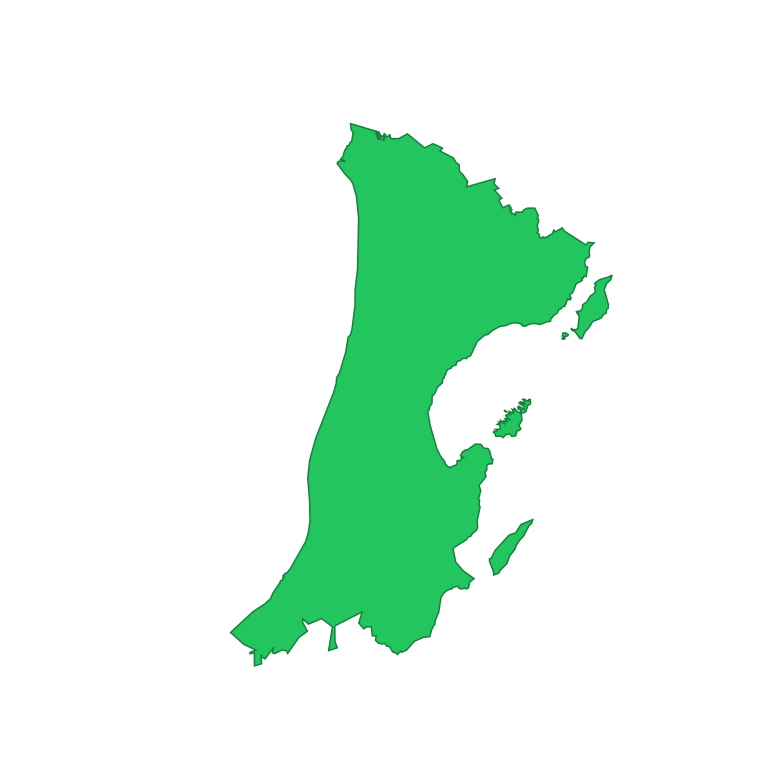 La Paz, Baja California Sur, Mexico, rotated 62°
{"feature_id": "50627088B19134439985606", "entity_name": "La Paz", "entity_type": "district", "adm_level": 2, "iso_a3": "MEX", "parent_name": "Mexico", "parent_adm1": "Baja California Sur", "projection": "orthographic", "projection_center": [-110.497, 24.115], "detail": "fine", "context": "isolated", "style": "filled", "palette": "green", "viewbox_px": 768, "rotation_deg": 62, "n_neighbors": 0, "source": "geoboundaries", "source_scale": "gbopen_adm2", "svg_char_len": 6164}
<svg xmlns="http://www.w3.org/2000/svg" viewBox="0 0 768 768"><g transform="rotate(62 384 384)"><path d="M167.2,321.8L179.7,320.0L188.8,317.5L192.8,317.5L205.0,320.1L225.6,328.5L270.3,353.5L287.3,365.3L301.2,372.8L320.8,386.7L325.0,390.7L325.7,393.6L337.8,402.7L352.8,417.6L356.2,422.9L361.2,426.0L368.1,432.8L400.5,470.4L416.4,485.4L431.0,495.3L452.1,504.5L470.0,513.5L479.7,520.6L486.3,527.0L502.8,553.0L505.1,558.2L504.7,560.5L505.5,560.8L505.7,562.9L507.1,562.8L506.7,563.6L509.2,565.1L509.2,568.1L510.4,568.7L516.6,580.5L520.2,584.8L522.2,592.5L523.6,606.9L531.4,636.1L548.3,629.9L558.7,622.0L558.1,628.2L559.3,628.9L560.4,624.6L572.1,630.7L573.5,623.4L565.2,619.6L567.7,620.1L570.9,618.1L564.7,605.1L569.0,608.8L570.6,607.3L571.1,598.7L573.9,595.3L576.7,595.5L567.8,578.1L566.4,567.7L556.3,567.8L553.3,566.0L560.5,563.5L561.9,549.2L574.1,543.5L593.4,558.1L595.0,549.1L588.4,548.2L574.5,541.0L575.0,510.4L583.3,518.5L590.7,516.8L590.3,513.4L592.4,509.2L601.0,512.6L602.5,509.1L606.2,511.8L609.9,510.7L612.6,508.0L613.3,505.3L617.0,504.6L617.6,503.1L619.4,502.3L624.6,502.2L627.0,499.9L629.2,499.2L627.7,494.9L629.1,494.5L629.6,489.2L625.4,477.7L626.2,468.1L628.6,462.2L623.7,457.7L620.5,453.5L620.2,451.9L617.1,450.1L611.5,443.1L599.0,433.7L596.4,428.5L595.8,423.6L596.7,420.6L596.0,418.7L596.7,415.3L598.0,413.5L599.8,413.6L601.5,411.7L602.0,408.8L603.7,407.3L603.7,405.0L599.1,401.4L598.2,395.8L586.1,401.8L574.9,404.3L562.3,400.5L561.3,398.7L560.1,384.1L558.7,382.1L559.1,378.8L557.8,376.7L556.6,371.1L554.4,368.5L548.9,366.2L537.8,357.0L535.1,356.7L531.5,354.1L529.9,354.4L523.5,348.6L518.1,347.7L513.8,337.5L509.3,336.2L508.2,333.6L504.0,331.4L503.9,328.0L505.1,326.9L504.9,325.6L501.5,323.1L500.5,324.2L492.9,322.2L489.7,322.5L487.7,325.9L482.7,326.9L479.9,331.7L481.3,341.1L480.5,342.6L480.8,346.4L482.9,349.9L484.8,350.1L485.4,348.8L486.1,348.3L485.8,350.5L487.6,352.5L486.3,354.1L486.3,355.9L488.7,356.8L489.3,358.2L488.5,365.8L488.2,364.6L488.2,365.9L483.5,367.4L481.0,366.8L474.2,368.0L465.7,367.7L441.5,362.5L429.1,358.3L427.8,357.1L428.1,356.0L425.4,354.5L424.0,351.0L417.3,347.1L416.1,343.4L411.8,338.1L410.4,331.9L407.1,329.6L407.1,328.6L401.1,321.4L401.6,317.7L400.3,315.1L401.1,311.5L398.4,308.9L399.1,306.1L398.6,301.7L400.4,299.0L399.3,297.6L399.8,294.5L390.1,281.4L388.1,271.7L389.1,269.2L387.6,263.1L387.6,254.7L389.6,248.7L390.2,242.4L392.7,237.5L395.3,235.0L398.2,234.1L399.2,232.6L399.6,226.8L401.2,222.7L404.9,217.9L405.5,211.1L406.8,207.5L405.1,206.5L403.1,201.6L402.8,198.0L400.5,194.5L400.6,191.9L399.6,189.8L400.3,187.7L399.2,187.4L398.8,185.8L396.1,183.4L396.1,181.9L395.2,181.7L397.2,179.9L395.8,178.3L393.6,178.9L392.2,177.1L392.1,174.9L385.6,167.0L385.8,161.5L385.2,160.0L383.6,159.5L383.9,158.2L382.8,156.8L383.9,154.9L376.4,149.3L374.6,150.9L370.5,149.7L368.0,146.4L368.4,143.7L367.5,142.4L363.6,140.9L359.7,137.9L358.1,132.3L354.7,137.3L356.1,140.4L333.6,153.0L329.8,153.3L330.1,161.5L327.8,161.8L330.3,164.8L330.6,172.7L328.7,174.7L329.3,175.7L327.8,177.6L323.7,176.7L322.3,178.0L320.6,175.4L316.3,174.5L313.1,171.2L311.2,170.1L310.0,171.1L307.7,168.7L299.5,168.3L295.9,175.2L296.0,179.3L297.3,181.1L294.1,186.8L296.9,188.9L294.0,189.7L293.5,191.6L292.4,190.8L291.3,191.7L290.3,189.5L289.6,190.5L288.5,189.4L287.5,190.3L287.4,189.1L284.6,189.4L284.1,196.5L275.5,196.2L275.3,192.7L264.4,195.5L265.2,190.8L259.0,192.9L254.9,189.5L248.7,218.6L244.6,215.1L236.0,216.1L231.9,217.5L225.6,214.7L222.3,216.4L217.1,216.6L204.7,225.1L203.2,221.5L194.8,228.0L194.6,237.3L174.1,245.9L174.3,255.6L170.6,262.8L166.9,261.8L166.6,262.8L167.6,263.4L166.5,266.2L165.2,265.4L163.1,266.3L164.6,268.3L166.9,269.2L165.8,267.7L166.6,267.5L168.5,269.5L167.2,269.9L167.9,270.5L165.7,272.6L164.2,272.4L164.7,273.7L165.6,273.5L164.4,274.2L166.3,274.3L164.2,274.2L160.7,273.4L159.6,273.6L160.2,273.9L159.0,273.5L158.6,272.8L158.6,272.0L158.7,272.7L159.5,272.2L159.5,273.2L159.7,271.8L161.2,272.2L160.6,272.5L161.6,273.3L162.7,273.1L162.0,271.8L163.0,271.1L164.8,272.2L165.2,271.6L164.8,270.1L163.7,269.7L160.9,270.6L159.6,269.8L138.4,291.3L143.7,293.5L147.6,293.3L154.6,298.6L154.7,300.5L156.9,302.9L156.4,304.9L157.9,305.6L158.4,307.7L160.8,310.7L163.5,312.7L165.2,316.8L168.1,314.0L169.1,314.3L166.4,317.8L166.2,320.3L167.2,321.8ZM395.5,131.9L394.6,133.0L395.2,134.4L393.1,144.7L393.5,148.6L394.2,150.8L396.0,150.6L397.8,153.0L402.1,154.1L403.3,160.9L406.6,166.1L407.3,171.5L410.3,173.4L411.9,176.3L410.8,178.5L413.3,179.2L410.5,179.5L410.5,180.2L416.0,179.9L426.0,186.8L426.1,189.4L423.9,192.2L422.3,192.7L424.9,192.8L427.2,190.8L435.9,189.5L436.9,188.0L432.1,181.7L430.9,177.5L426.8,170.2L427.8,161.5L425.6,157.3L425.8,154.4L422.6,152.6L422.5,150.6L419.4,148.6L404.2,145.3L399.7,140.3L398.4,134.9L395.5,131.9ZM604.2,376.8L604.8,371.4L602.9,368.3L600.2,359.6L594.9,353.9L591.4,346.0L588.5,343.0L585.6,337.5L583.9,332.3L577.2,322.6L576.3,319.0L573.5,316.3L572.4,329.2L577.3,337.8L576.2,342.8L576.5,345.6L583.2,364.2L588.2,371.1L587.8,372.8L590.1,374.1L600.6,375.3L604.2,376.8ZM480.8,279.2L474.8,276.7L470.0,279.5L466.1,280.4L468.9,281.1L466.6,282.7L470.5,283.3L467.6,285.8L468.5,285.7L468.0,286.7L469.5,286.6L468.1,287.5L470.0,288.0L468.5,289.8L469.1,291.6L474.4,289.8L471.4,293.4L476.1,293.0L473.3,294.5L472.7,295.9L476.5,296.2L471.0,298.1L472.6,298.8L471.5,300.1L473.7,299.5L472.5,300.3L472.8,303.1L474.6,301.1L477.6,302.0L478.3,302.7L476.5,306.7L477.7,305.9L478.7,306.7L477.2,309.1L478.0,310.1L480.1,309.2L482.7,309.8L484.9,305.2L487.2,304.1L486.0,300.3L486.9,296.6L490.5,295.6L491.6,292.0L487.6,288.4L488.6,286.4L487.8,284.2L484.1,284.5L480.8,279.2ZM470.3,263.9L466.4,262.0L465.6,263.5L466.9,264.7L462.7,267.8L462.7,268.8L464.7,267.7L465.8,268.5L465.4,269.6L467.8,269.1L466.7,270.7L463.4,271.5L465.1,271.9L463.7,273.1L464.5,273.8L469.9,270.7L471.8,272.1L466.2,275.9L468.5,275.3L467.5,276.8L469.6,277.2L471.1,275.0L473.4,277.3L475.1,274.2L474.9,271.5L470.7,267.4L470.3,263.9ZM427.7,199.0L426.8,198.1L424.3,199.4L423.0,202.0L425.3,204.0L427.4,203.4L428.0,204.5L427.3,205.1L428.0,205.5L429.1,203.4L427.2,201.8L427.7,199.0ZM466.2,288.6L463.9,289.7L464.1,290.2L465.6,289.8L466.2,288.6Z" fill="#22c55e" stroke="#15803d" stroke-width="1.5"/></g></svg>